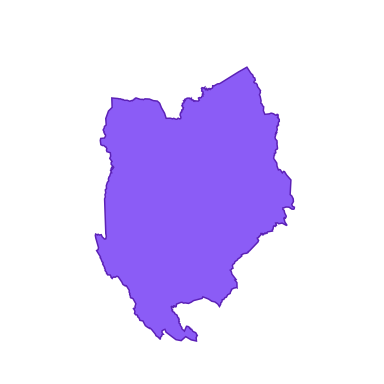 Manorhamilton Lea-6, Leitrim, Ireland (Equal Earth projection), rotated 234°
{"feature_id": "5873133B72319523044240", "entity_name": "Manorhamilton Lea-6", "entity_type": "district", "adm_level": 2, "iso_a3": "IRL", "parent_name": "Ireland", "parent_adm1": "Leitrim", "projection": "equal_earth", "projection_center": [-8.199, 54.289], "detail": "fine", "context": "isolated", "style": "filled", "palette": "violet", "viewbox_px": 384, "rotation_deg": 234, "n_neighbors": 0, "source": "geoboundaries", "source_scale": "gbopen_adm2", "svg_char_len": 6007}
<svg xmlns="http://www.w3.org/2000/svg" viewBox="0 0 384 384"><g transform="rotate(234 192 192)"><path d="M315.2,182.4L307.4,177.1L306.6,172.0L302.1,165.4L296.7,162.0L296.5,159.7L295.2,158.4L294.7,156.9L293.9,156.4L292.3,156.3L292.2,155.9L289.9,155.4L289.4,155.7L288.1,155.0L287.1,152.9L289.0,149.6L287.6,148.1L283.9,146.1L282.3,146.8L281.4,148.0L279.2,148.5L279.1,148.8L277.1,148.6L276.2,147.4L274.6,146.9L271.8,149.0L268.8,147.3L267.5,145.2L263.7,145.2L263.4,144.0L262.0,142.9L258.4,143.2L258.8,142.4L258.1,142.6L257.7,142.2L259.1,141.4L258.5,140.6L257.4,140.6L257.9,139.8L256.9,139.4L257.2,138.8L254.8,138.3L255.2,137.4L253.1,134.6L253.0,133.7L251.7,132.0L250.0,131.1L249.6,129.3L247.5,126.4L245.0,124.8L244.7,123.1L242.0,121.7L241.0,120.0L238.9,119.0L237.9,117.3L209.0,97.8L206.5,96.6L204.8,94.7L205.5,93.5L208.5,93.0L210.8,93.5L211.6,91.8L213.0,91.2L212.8,90.3L214.6,89.3L213.6,88.2L211.3,87.1L202.0,83.7L200.6,82.2L200.7,80.4L193.3,79.8L192.8,79.0L192.1,79.2L188.3,78.2L187.6,78.6L186.9,78.4L186.3,77.4L182.3,77.0L182.0,76.5L180.3,76.3L179.5,75.5L177.2,75.6L176.3,75.0L176.1,75.3L174.6,75.0L173.0,77.0L170.6,76.7L170.5,76.4L169.0,76.6L169.4,77.8L169.3,78.7L168.2,79.7L168.0,81.7L166.8,82.5L160.4,82.3L157.8,81.8L155.2,82.8L155.3,83.4L154.7,83.8L149.2,83.4L148.0,82.3L146.3,82.0L145.6,81.2L144.3,81.1L142.9,80.2L142.0,80.4L141.7,80.9L140.4,81.6L134.6,80.9L132.7,78.4L131.9,78.1L131.6,77.1L132.1,76.6L132.0,76.0L131.1,76.2L129.0,75.7L127.5,74.1L125.5,74.4L125.1,75.1L124.1,75.4L123.0,74.7L121.0,75.1L118.8,74.4L116.5,76.5L111.3,75.7L108.5,76.6L107.0,77.3L107.3,77.5L106.9,77.9L104.6,78.5L98.7,78.8L96.9,78.4L94.6,79.3L91.8,79.7L91.7,80.0L93.0,81.1L93.4,83.1L94.2,83.8L94.3,84.4L93.8,85.1L96.0,85.1L97.2,86.1L97.2,88.1L96.8,89.4L93.9,88.6L82.0,92.2L78.1,95.9L78.7,101.9L72.9,104.4L68.8,108.0L71.8,109.8L72.3,110.9L72.9,111.2L72.8,111.9L73.4,112.0L76.0,112.3L78.7,110.8L81.1,111.0L81.6,110.3L82.4,110.6L82.6,110.1L83.2,110.0L83.8,110.4L85.6,109.7L86.6,108.6L83.9,104.1L87.5,103.4L88.3,104.1L90.9,104.1L92.5,104.9L93.6,104.5L94.8,105.2L94.8,105.6L95.5,105.5L96.1,106.5L97.0,106.5L97.3,107.0L98.1,107.1L98.6,106.7L101.3,107.5L103.8,106.5L104.6,106.9L105.3,106.8L106.8,106.0L107.9,106.3L107.9,107.0L109.6,107.0L111.4,107.9L111.4,108.4L110.9,108.8L109.6,108.9L109.5,109.3L110.6,110.3L110.1,110.9L108.9,111.0L108.6,111.8L110.4,113.6L109.2,118.2L108.6,119.1L107.1,119.8L106.2,121.4L103.9,123.7L103.3,126.7L103.2,129.5L100.0,137.6L100.8,139.2L95.8,142.4L92.0,143.8L89.6,145.9L86.2,147.0L83.2,146.9L84.3,149.2L85.4,150.1L85.6,151.6L87.1,153.2L86.4,154.5L87.2,156.5L86.7,158.0L87.9,160.4L87.5,163.2L88.6,164.5L89.4,166.3L90.0,166.7L89.6,169.4L88.4,172.1L88.1,172.2L92.3,175.1L95.6,174.9L95.2,176.2L102.0,176.0L104.5,177.0L106.0,177.0L105.8,177.3L106.5,179.1L106.2,180.3L108.7,181.4L109.4,182.7L109.3,184.3L110.4,185.8L110.3,188.6L110.9,190.1L110.7,191.7L111.0,194.7L112.1,194.9L111.7,197.7L110.4,200.1L110.1,201.4L110.3,202.3L110.6,202.3L110.6,204.0L112.8,216.0L113.8,217.5L115.6,217.4L116.4,217.8L116.1,218.8L116.6,220.1L116.3,220.4L116.7,220.9L116.9,222.7L117.9,223.3L117.4,224.0L115.6,224.1L115.5,224.9L116.4,225.0L115.8,225.5L115.9,226.4L115.3,226.9L115.7,227.1L114.7,228.3L115.1,228.4L115.2,229.9L113.1,234.2L114.3,234.9L114.3,235.7L116.4,237.8L116.4,238.4L115.3,239.1L115.8,239.7L115.3,240.3L115.4,240.8L117.7,241.4L116.7,243.1L115.3,243.5L113.9,246.6L109.6,248.7L109.6,249.3L113.1,249.5L116.8,250.9L117.0,251.7L115.9,252.1L116.6,253.6L117.2,254.1L120.5,254.6L123.0,255.7L124.6,255.3L125.7,256.3L125.1,257.3L124.7,259.1L123.3,260.9L122.6,261.6L119.5,262.7L118.5,263.8L118.3,264.8L119.5,265.9L121.4,264.9L123.3,265.4L124.6,268.4L127.0,269.9L130.3,270.4L132.2,269.9L143.6,279.1L150.2,278.5L154.1,278.8L154.8,278.3L154.4,276.3L157.9,276.5L158.7,276.1L159.1,274.9L163.0,276.0L165.6,277.6L171.2,277.8L173.4,280.0L173.4,280.6L174.8,281.4L174.4,282.4L174.5,282.9L176.5,283.8L177.0,285.3L176.6,286.2L177.1,286.9L181.5,289.3L181.5,289.6L183.6,290.9L185.7,290.6L187.5,291.3L188.6,292.9L189.7,293.4L189.6,293.8L190.4,294.4L189.9,294.7L190.4,295.0L190.3,295.5L190.9,295.5L192.4,297.7L194.8,298.8L194.8,299.7L195.4,299.8L195.6,300.3L195.3,301.4L196.8,302.1L197.8,303.2L197.8,304.1L199.5,305.3L201.9,305.0L201.9,305.8L203.1,306.1L203.3,306.7L204.1,307.0L204.8,306.5L204.6,305.4L205.1,304.8L207.4,303.9L209.0,302.7L209.5,301.8L209.7,300.6L212.0,296.6L215.8,297.5L218.8,300.1L220.5,299.8L222.0,300.3L223.5,299.9L225.2,301.5L229.4,303.4L231.0,303.6L232.3,305.8L233.7,306.6L233.8,307.0L238.8,307.0L240.7,307.9L242.4,307.7L243.4,306.7L244.6,306.6L245.0,307.3L245.2,308.9L247.4,309.8L248.7,309.1L250.9,309.9L253.4,309.4L260.7,309.8L261.8,300.5L263.4,278.1L264.5,276.1L264.9,272.3L265.8,271.2L264.2,269.9L264.2,268.4L264.7,267.7L264.4,267.2L265.2,267.1L265.0,266.4L266.0,265.9L265.3,264.7L266.8,264.5L266.2,264.0L266.8,263.1L267.6,263.5L268.3,262.9L269.2,263.9L269.3,262.5L270.5,261.5L270.2,260.5L268.9,260.2L268.0,259.2L266.3,259.7L265.3,258.6L264.7,258.7L265.0,257.8L263.3,257.3L263.7,256.3L263.0,255.2L263.1,254.4L263.9,253.7L264.2,252.8L264.7,252.9L263.8,252.2L262.0,251.9L261.9,250.4L264.0,248.0L263.8,247.6L264.6,247.3L264.6,246.8L266.0,246.9L266.2,246.4L267.2,246.0L267.7,246.3L267.5,245.8L268.3,245.9L269.1,245.4L269.0,245.0L269.7,244.8L270.8,243.2L270.6,242.9L271.2,240.7L270.7,239.7L270.0,240.1L269.9,239.7L270.6,238.8L269.6,238.6L269.0,237.9L269.3,236.4L267.7,235.3L267.9,234.7L266.7,234.4L265.4,234.7L265.1,233.9L264.4,233.8L264.0,232.7L264.4,231.9L262.9,230.8L263.1,230.0L262.7,229.8L262.7,229.1L261.3,227.6L259.0,227.0L258.1,226.0L258.4,225.0L259.9,224.2L259.7,222.8L260.2,221.8L262.3,220.6L262.6,219.3L264.4,217.9L266.8,214.4L271.9,216.1L278.1,216.8L282.8,218.0L285.9,217.4L288.7,214.4L292.2,212.2L295.0,208.7L295.3,206.9L295.9,206.6L297.3,204.7L301.0,202.0L301.2,201.1L300.9,200.7L301.2,199.9L300.8,199.1L301.1,198.1L300.9,197.5L301.5,196.9L302.0,195.0L304.4,193.4L305.8,191.3L307.5,190.5L307.5,190.1L309.6,188.7L310.3,187.6L311.0,187.2L315.2,182.4Z" fill="#8b5cf6" stroke="#5b21b6" stroke-width="1.5"/></g></svg>